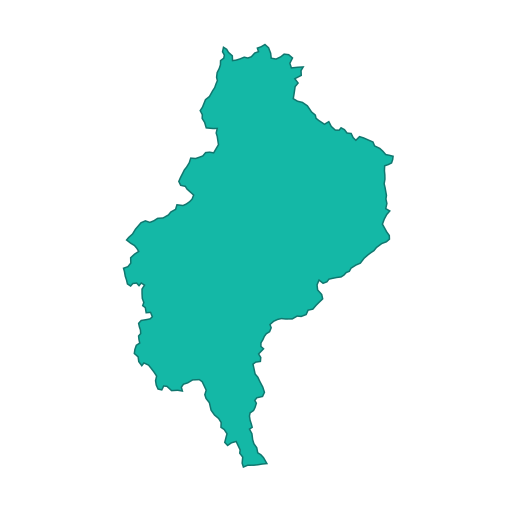 the district of Juquitiba, São Paulo, Brazil, rotated 97°
{"feature_id": "56859067B20186311483240", "entity_name": "Juquitiba", "entity_type": "district", "adm_level": 2, "iso_a3": "BRA", "parent_name": "Brazil", "parent_adm1": "São Paulo", "projection": "orthographic", "projection_center": [-47.012, -23.95], "detail": "fine", "context": "isolated", "style": "filled", "palette": "teal", "viewbox_px": 512, "rotation_deg": 97, "n_neighbors": 0, "source": "geoboundaries", "source_scale": "gbopen_adm2", "svg_char_len": 3878}
<svg xmlns="http://www.w3.org/2000/svg" viewBox="0 0 512 512"><g transform="rotate(97 256 256)"><path d="M360.1,238.8L356.2,238.9L352.9,241.5L350.1,239.4L347.2,237.2L345.2,240.1L341.6,240.5L338.3,239.0L334.7,237.9L331.9,236.3L329.5,233.3L325.4,232.2L322.3,233.8L318.6,230.5L316.3,226.8L315.0,223.2L314.9,218.9L314.0,212.3L310.6,207.8L310.5,203.8L308.0,199.1L303.4,197.7L301.8,193.1L297.8,190.5L294.6,188.0L290.4,184.6L286.2,186.1L282.2,190.7L277.2,191.9L272.2,190.5L274.9,186.1L273.0,182.5L270.1,180.8L268.9,177.5L267.5,173.3L266.4,169.0L264.2,166.4L261.4,164.4L259.8,161.5L256.5,160.2L252.8,155.7L250.4,151.6L245.0,148.4L241.2,145.0L238.6,142.3L236.3,139.6L232.9,137.5L228.3,132.7L226.0,128.3L223.0,125.6L219.4,126.2L216.2,129.2L212.7,131.7L209.0,134.4L203.8,133.2L198.9,131.3L195.0,128.7L193.2,133.0L187.9,132.5L183.6,134.0L180.0,133.9L176.1,135.1L172.5,136.2L168.7,137.6L164.1,137.4L159.9,138.0L155.8,138.9L150.8,139.3L149.1,135.8L147.1,132.8L143.6,132.1L140.3,132.1L139.8,135.9L139.5,139.6L136.5,142.9L134.1,146.3L132.3,151.7L128.6,153.8L127.2,158.6L125.7,163.5L124.9,167.8L129.0,171.0L126.7,174.0L122.8,176.5L122.9,180.6L119.8,183.6L118.4,187.2L121.0,188.8L121.4,192.6L118.2,197.1L113.8,200.1L116.9,204.1L113.8,210.3L112.0,213.2L108.9,214.3L106.3,218.4L100.7,223.3L97.9,228.6L97.3,233.7L95.3,238.2L90.7,238.0L83.1,237.8L79.2,235.3L75.3,239.1L71.2,233.1L66.5,233.9L62.6,232.2L63.6,237.7L65.0,243.8L60.6,245.9L55.0,243.9L52.2,248.1L52.2,252.7L55.2,255.6L58.1,260.1L57.8,265.0L52.9,266.2L47.8,268.9L45.0,272.9L47.7,276.4L49.5,280.0L52.9,278.4L54.7,282.0L58.8,284.9L60.5,288.2L60.1,291.9L62.4,296.0L64.1,299.8L64.9,303.1L60.2,303.9L57.2,308.2L54.4,310.3L52.8,313.7L57.4,314.1L60.4,311.9L63.6,312.1L66.4,315.0L70.6,314.6L74.2,315.3L78.7,316.9L83.4,316.9L86.7,315.7L89.8,316.6L93.9,317.5L97.4,319.2L103.3,321.6L107.0,325.2L110.8,326.2L114.9,327.3L118.5,329.1L122.3,326.5L126.0,326.2L129.6,323.3L134.9,321.0L134.7,314.0L134.1,310.0L138.8,310.5L141.9,309.1L150.1,306.8L153.7,308.4L158.8,310.6L158.6,314.7L159.5,318.6L163.2,321.0L164.9,324.3L166.6,327.8L166.8,332.7L171.6,333.6L176.2,335.7L179.3,337.6L183.0,338.9L187.3,340.5L191.4,341.7L195.0,339.4L195.5,334.6L198.0,332.6L203.1,325.3L207.4,326.4L210.2,328.5L212.9,331.5L214.8,334.6L214.8,340.7L219.5,341.5L222.7,345.9L225.9,347.9L229.6,352.9L230.6,358.2L233.5,361.7L235.6,365.5L234.6,370.1L237.0,374.2L241.1,376.9L244.1,378.9L249.2,381.2L253.1,384.6L255.9,386.4L258.6,381.9L260.4,377.9L263.0,375.1L265.8,373.0L268.9,376.7L273.0,380.2L278.3,379.4L282.2,381.8L284.3,386.0L287.4,384.7L292.0,383.3L295.6,381.6L299.4,380.2L301.1,376.8L298.3,374.9L297.4,371.2L299.7,368.5L296.8,366.6L298.5,363.1L302.7,365.1L307.3,364.5L311.9,363.7L315.8,361.7L319.1,362.4L320.7,359.6L325.7,358.1L324.8,353.8L328.9,351.5L331.3,353.4L332.4,356.7L334.0,362.1L337.1,364.3L340.6,363.1L343.5,361.7L347.0,361.0L349.7,362.8L353.1,362.0L356.6,360.8L359.2,363.9L363.4,364.8L367.6,364.9L370.5,360.7L375.1,359.5L378.8,356.0L375.8,354.2L377.4,349.3L383.3,343.4L387.3,340.0L392.0,340.5L396.2,339.3L400.0,337.0L400.4,333.2L396.3,331.8L396.2,328.5L399.9,323.4L398.8,317.4L399.0,312.6L395.3,314.1L392.1,312.4L390.2,308.3L386.7,303.8L385.6,297.2L387.3,294.1L395.2,289.1L399.9,289.9L403.5,288.2L407.3,284.4L414.5,281.8L418.9,277.8L421.8,273.3L425.5,270.3L430.3,269.9L432.1,266.4L436.0,263.1L439.3,263.6L444.8,264.3L447.5,261.1L444.4,257.6L442.5,253.1L450.4,248.1L453.7,248.1L457.2,244.7L463.3,244.5L467.0,242.8L464.7,238.8L463.9,232.7L462.9,228.4L461.8,224.8L460.7,219.9L455.2,224.0L452.7,226.9L451.1,230.3L446.2,231.9L442.6,235.2L438.8,236.9L432.9,238.4L428.6,241.4L426.5,238.9L423.5,240.1L419.6,241.9L415.7,243.0L412.5,242.8L409.6,239.6L406.5,238.5L402.1,237.7L399.5,239.6L396.6,237.9L394.6,232.4L390.3,231.0L385.3,233.3L380.1,236.9L376.1,239.4L373.2,242.5L368.6,244.1L363.7,245.8L361.4,243.4L360.1,238.8Z" fill="#14b8a6" stroke="#0f766e" stroke-width="1.5"/></g></svg>